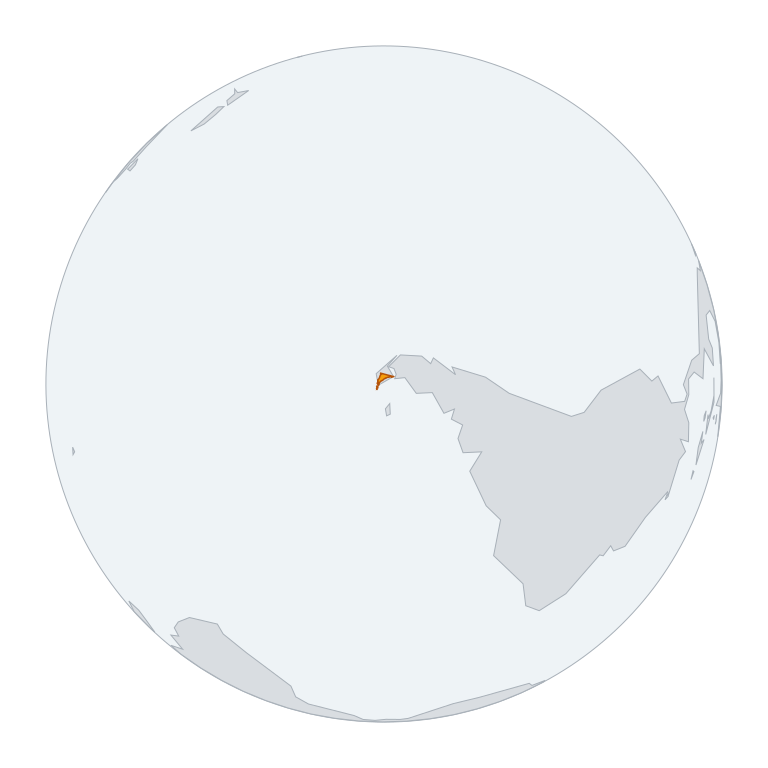 the Earth from above Tierra del Fuego, rotated 107°
{"feature_id": "ARG-1272", "entity_name": "Tierra del Fuego", "entity_type": "National Territory", "adm_level": 1, "iso_a3": "ARG", "parent_name": "Argentina", "parent_adm1": "", "projection": "orthographic", "projection_center": [-65.869, -53.846], "detail": "fine", "context": "on_globe", "style": "filled", "palette": "amber", "viewbox_px": 768, "rotation_deg": 107, "n_neighbors": 0, "source": "natural_earth", "source_scale": "10m", "svg_char_len": 5292}
<svg xmlns="http://www.w3.org/2000/svg" viewBox="0 0 768 768"><g transform="rotate(107 384 384)"><circle cx="384" cy="384" r="338" fill="#eef3f6" stroke="#a8b0b8"/><path d="M168.1,124.0L169.9,123.8L162.1,129.4L159.8,131.2L168.1,124.0ZM336.9,49.4L307.1,55.7L307.4,60.1L294.3,59.4L281.8,62.7L266.4,67.9L266.1,68.4L246.3,75.9L227.2,85.7L218.5,94.0L223.9,96.1L246.2,86.6L253.6,80.6L270.4,74.2L256.7,88.0L285.7,80.5L281.9,90.9L290.1,94.2L305.1,89.4L320.4,89.2L331.9,81.2L350.2,76.0L350.1,84.5L360.5,75.9L370.5,79.5L407.1,79.5L404.2,81.3L435.0,95.0L468.7,106.0L476.5,115.7L472.4,119.9L484.2,124.2L484.4,127.8L531.4,148.8L555.4,169.3L554.6,183.6L534.4,192.6L516.1,229.0L479.8,232.8L470.6,250.7L442.3,276.5L420.3,270.7L426.6,288.3L414.5,297.3L400.2,296.8L397.9,309.3L387.3,309.3L394.5,318.1L378.1,335.3L383.5,350.4L371.8,365.9L375.8,375.3L371.1,375.2L366.3,379.0L366.1,384.6L351.4,376.8L346.3,356.1L350.9,345.3L344.6,344.4L354.2,318.3L347.8,323.9L347.8,288.9L356.3,261.6L360.2,195.3L352.6,184.3L326.4,174.6L294.9,143.7L302.9,128.7L296.2,124.3L318.2,103.6L312.7,91.4L305.0,91.2L297.1,97.5L271.3,96.7L262.8,91.3L188.1,116.3L181.4,118.4L183.1,114.6L173.9,119.3L194.6,104.2L216.3,90.6L239.0,78.8L262.6,68.6L286.8,60.3L311.7,53.9L336.9,49.4ZM304.9,63.1L338.2,61.6L318.5,65.2L322.4,63.6L314.1,63.3L298.4,65.1L281.4,70.4L304.9,63.1ZM321.4,56.1L315.6,56.9L321.4,55.8L321.4,56.1ZM376.4,394.5L352.8,380.0L365.9,386.0L374.1,377.1L386.8,389.1L376.4,394.5ZM401.0,372.8L411.0,369.2L413.7,372.2L407.3,375.4L401.0,372.8ZM701.8,499.0L696.2,511.4L696.5,499.0L686.4,514.4L685.1,506.6L678.4,513.3L671.7,511.2L664.2,501.8L662.3,473.2L670.1,464.7L681.2,437.1L700.1,384.7L709.0,377.0L712.1,362.7L709.8,315.7L710.9,305.9L708.3,294.2L704.1,284.1L700.0,270.3L696.7,263.1L669.4,224.3L656.0,201.6L627.8,157.6L629.0,154.4L620.3,143.2L622.2,144.3L638.6,161.8L653.7,180.4L667.4,200.0L679.8,220.6L690.6,242.0L699.9,264.1L707.6,286.8L713.7,310.0L718.1,333.6L720.9,357.4L721.9,381.4L721.2,405.4L718.9,429.2L714.8,452.9L709.1,476.2L701.8,499.0ZM408.3,79.4L412.6,81.4L406.7,81.1L408.3,79.4ZM315.4,68.1L322.7,67.0L326.3,67.3L320.7,68.5L315.4,68.1ZM377.1,62.0L385.6,62.5L376.6,63.1L377.1,62.0ZM343.5,61.7L370.3,62.0L353.0,64.9L336.1,65.2L347.9,63.3L343.5,61.7ZM317.3,58.9L321.7,58.4L320.1,59.4L317.3,58.9ZM325.7,55.4L323.9,55.7L321.8,55.6L325.7,55.4ZM542.5,660.7L535.4,663.3L539.3,660.0L542.5,660.7ZM674.7,556.4L666.1,564.6L672.0,552.4L679.9,541.7L688.3,530.6L686.0,535.6L674.7,556.4ZM167.7,624.0L165.5,618.2L175.2,623.6L188.0,632.0L198.4,642.7L167.7,624.0ZM254.5,689.2L253.5,692.0L240.5,685.2L247.1,685.8L254.5,689.2ZM158.9,617.1L150.1,611.6L145.5,613.1L148.1,609.2L142.9,599.2L163.1,615.0L158.9,617.1ZM199.5,667.1L226.8,680.8L244.2,688.9L247.1,691.2L254.4,694.0L265.2,699.1L270.2,702.2L277.5,704.6L273.1,703.2L247.6,693.2L223.0,681.1L199.5,667.1ZM275.9,704.1L280.8,705.7L282.3,706.2L275.9,704.1ZM94.8,558.8L94.4,558.0L97.1,562.6L94.8,558.8Z" fill="#d9dde1" stroke="#a8b0b8" stroke-width="1"/><path d="M374.6,389.7L374.5,388.1L374.5,386.5L374.4,385.0L374.4,383.4L374.3,381.8L374.2,380.2L374.2,378.7L374.1,377.1L374.3,377.2L374.4,377.4L374.6,377.8L374.9,378.2L375.0,378.3L375.2,378.5L375.3,378.6L375.4,378.8L375.5,379.0L375.6,379.7L375.7,379.8L375.6,379.7L375.4,379.2L375.2,379.3L375.0,379.5L374.8,379.7L374.6,379.9L374.5,380.2L374.5,380.4L374.5,380.6L374.7,380.8L374.9,380.9L375.0,380.9L375.2,381.0L375.5,381.0L375.8,381.0L376.1,381.2L376.2,381.3L376.2,381.5L376.3,381.8L376.3,382.1L376.6,382.6L377.3,383.4L377.5,383.6L377.6,383.8L377.8,383.8L378.1,384.0L378.0,384.4L379.1,385.3L379.6,385.7L380.0,385.9L380.2,386.0L380.3,386.1L380.9,386.4L381.1,386.6L381.3,387.0L381.6,387.3L381.7,387.5L381.9,387.5L382.0,387.7L382.3,387.8L382.6,388.0L383.7,388.6L383.8,388.6L384.0,388.7L384.3,388.7L384.6,388.8L385.4,388.7L385.6,388.7L385.9,388.6L386.4,388.7L386.5,388.7L386.5,388.8L386.4,388.9L386.3,389.0L386.2,389.3L386.1,389.5L386.1,389.8L385.9,389.9L385.8,390.3L385.7,390.4L385.6,390.2L385.4,390.1L385.3,390.3L385.0,390.4L384.9,390.4L384.8,390.5L384.7,390.6L384.5,390.4L384.4,390.3L384.2,390.3L384.0,390.2L383.9,390.3L383.7,390.2L383.6,390.3L383.7,390.5L383.4,390.7L383.2,390.8L382.9,390.8L382.5,390.8L382.3,390.8L382.3,391.0L382.1,391.1L381.7,391.1L381.4,391.0L381.3,390.9L381.2,390.8L381.1,390.7L380.8,390.5L380.7,390.5L380.4,390.4L380.1,390.3L379.0,390.2L378.3,390.1L377.9,390.2L377.0,390.1L376.5,390.0L376.3,389.9L376.0,389.9L375.8,389.8L375.7,389.7L375.7,389.8L375.7,390.0L375.0,390.1L374.9,390.1L374.7,389.9L374.6,389.7L374.6,389.7ZM390.7,389.3L390.8,389.3L391.0,389.2L391.0,389.3L390.9,389.4L390.9,389.5L390.7,389.6L390.5,389.8L390.4,389.8L390.4,389.7L390.5,389.6L390.4,389.5L390.2,389.6L389.9,389.8L389.6,389.8L389.4,389.8L389.5,389.7L389.4,389.6L389.2,389.6L389.0,389.8L388.9,389.9L388.7,389.9L388.6,390.0L388.4,390.1L388.3,390.3L388.2,390.3L388.0,390.2L387.8,389.8L387.8,389.7L388.0,389.5L388.3,389.7L388.6,389.6L388.5,389.3L388.4,389.2L388.5,389.2L388.6,389.3L388.8,389.4L389.0,389.3L389.0,389.5L389.1,389.4L389.1,389.2L389.3,389.2L389.4,389.3L389.5,389.2L389.6,389.3L389.8,389.4L389.8,389.2L389.9,389.3L390.0,389.3L390.0,389.2L390.1,389.4L390.3,389.3L390.7,389.2L390.8,389.3L390.7,389.3ZM374.6,390.3L374.6,390.1L374.6,389.8L374.7,390.0L374.8,390.1L374.8,390.3L374.6,390.3Z" fill="#f59e0b" stroke="#b45309" stroke-width="1.5"/></g></svg>